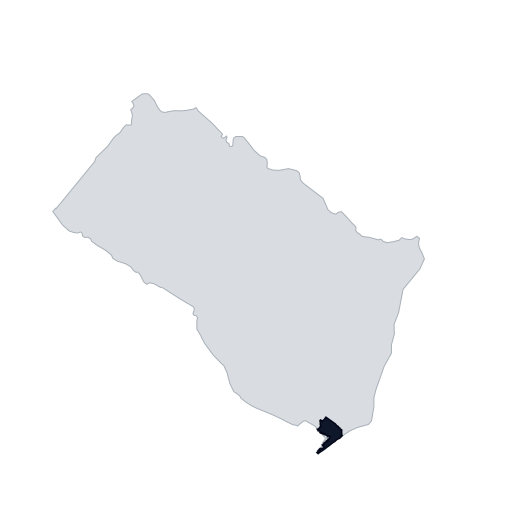 Jomoro, Western, Ghana shown in context, rotated 310°
{"feature_id": "2480657B70421803893954", "entity_name": "Jomoro", "entity_type": "district", "adm_level": 2, "iso_a3": "GHA", "parent_name": "Ghana", "parent_adm1": "Western", "projection": "robinson", "projection_center": [-2.777, 5.196], "detail": "fine", "context": "in_parent", "style": "filled", "palette": "ink", "viewbox_px": 512, "rotation_deg": 310, "n_neighbors": 0, "source": "geoboundaries", "source_scale": "gbopen_adm2", "svg_char_len": 6902}
<svg xmlns="http://www.w3.org/2000/svg" viewBox="0 0 512 512"><g transform="rotate(310 256 256)"><path d="M306.9,64.6L310.3,68.2L311.0,70.3L309.8,78.2L307.3,83.7L305.8,88.9L306.0,91.5L307.5,94.0L312.7,98.1L315.4,100.7L318.5,104.7L322.2,108.6L328.4,113.7L331.0,114.6L330.9,116.0L330.0,118.0L329.5,136.9L329.0,141.8L328.6,144.3L328.0,151.3L327.4,152.3L326.2,152.3L325.1,152.5L324.9,153.9L325.3,155.4L329.0,156.4L328.2,157.5L325.5,158.4L324.2,160.6L324.7,163.0L323.2,164.9L323.6,166.3L324.6,167.2L326.2,166.9L330.6,163.6L332.4,163.2L334.7,163.9L338.8,168.9L339.0,171.3L337.3,179.7L335.7,186.1L335.4,194.7L337.2,199.5L336.9,202.1L335.0,204.4L330.7,207.7L331.1,210.0L333.0,214.2L336.7,218.9L343.8,224.7L347.5,232.3L347.6,235.4L345.5,238.5L342.9,241.1L342.1,245.0L343.3,270.4L337.7,281.4L337.6,284.5L338.2,288.2L339.7,290.4L342.6,291.0L344.9,293.1L344.1,300.8L342.9,308.7L342.7,312.5L342.0,314.4L339.8,315.8L339.0,318.3L339.5,321.4L339.1,323.7L340.3,326.6L342.9,330.3L347.0,339.4L348.6,340.1L349.3,342.0L348.9,343.8L350.5,347.9L355.1,351.9L359.9,355.4L363.8,355.9L364.7,359.0L367.3,363.0L369.1,364.8L372.1,365.9L374.5,366.5L374.6,369.9L370.3,372.2L367.3,375.7L365.1,381.0L362.0,386.9L351.2,389.9L347.1,389.9L325.0,390.1L304.3,401.6L292.4,405.7L285.1,412.2L275.3,416.7L268.4,422.3L254.1,425.0L230.7,433.8L223.4,437.3L216.0,443.4L203.9,450.5L199.2,450.4L189.7,443.8L182.6,440.4L165.2,435.3L152.3,433.3L146.0,431.1L144.3,430.7L145.8,428.3L149.4,428.2L153.2,428.9L156.0,427.0L160.3,426.8L161.4,424.9L161.7,420.1L161.7,416.2L163.2,414.4L163.5,409.8L161.5,399.6L160.0,398.5L152.4,397.0L151.9,395.0L150.5,392.9L149.1,387.6L147.4,379.8L144.8,370.1L139.7,354.2L138.4,348.6L137.6,342.8L137.4,335.9L138.4,333.4L138.3,329.8L137.8,326.3L141.4,318.2L148.4,308.2L149.9,304.7L151.2,302.2L151.4,298.6L152.6,287.0L156.0,273.0L158.1,267.7L159.5,264.8L161.2,260.2L161.7,258.0L168.1,252.5L171.1,251.0L171.8,248.9L170.8,246.5L171.2,244.9L172.7,244.1L175.1,243.4L176.9,241.2L174.1,223.9L171.9,206.7L171.8,205.2L170.5,202.8L169.2,195.7L167.0,191.6L164.0,190.4L164.0,186.4L167.0,179.8L167.8,175.9L166.4,174.8L166.2,171.8L167.2,166.9L166.7,163.9L166.1,160.7L162.9,153.1L162.2,147.8L163.8,144.7L163.8,137.8L162.0,127.3L161.7,120.7L162.9,117.9L162.3,115.2L160.0,112.7L159.9,110.3L161.8,107.9L161.6,106.1L159.1,104.7L156.9,101.5L155.0,96.4L155.4,88.1L159.1,73.0L159.5,71.7L163.7,71.8L163.7,72.4L176.6,72.3L191.4,72.1L209.1,71.9L225.2,71.7L225.9,71.1L228.5,70.2L244.8,71.8L254.9,71.0L259.2,71.5L262.4,72.5L269.4,71.9L273.1,72.3L275.9,76.1L277.1,76.0L278.6,74.4L281.4,72.6L284.3,71.1L286.3,68.2L287.6,65.9L289.4,66.4L292.1,66.3L293.8,64.4L294.5,61.5L306.9,64.6Z" fill="#d9dde1" stroke="#a8b0b8" stroke-width="1"/><path d="M165.5,415.0L165.1,415.4L164.8,415.3L164.6,415.2L164.4,415.0L164.2,415.1L163.8,415.1L163.5,415.2L163.4,415.2L163.2,414.8L163.2,414.7L162.8,414.4L162.8,414.5L162.7,414.7L162.4,415.0L162.4,415.3L162.6,415.6L162.7,415.8L162.6,415.7L162.3,416.0L162.6,416.1L162.7,416.5L162.9,416.8L162.9,417.1L162.8,417.4L162.9,417.6L162.8,417.9L162.8,418.0L162.6,418.3L162.2,418.2L162.0,418.3L161.9,418.8L162.0,418.8L162.0,419.0L162.2,419.3L162.5,419.5L162.6,419.8L162.8,419.8L162.7,419.9L162.2,419.9L162.2,420.0L162.3,420.1L162.5,420.0L162.6,420.4L162.8,420.4L163.0,420.3L163.1,420.6L163.3,420.5L163.6,420.7L163.6,421.0L163.5,420.9L163.3,420.9L163.2,420.9L163.5,421.2L163.5,421.4L163.3,421.4L163.3,421.2L163.1,421.2L163.0,421.7L163.0,421.8L163.3,421.8L163.5,421.9L163.4,422.1L163.2,422.1L163.3,422.2L163.4,422.4L163.4,422.5L163.4,422.8L163.2,422.9L163.1,423.0L163.3,423.5L163.4,423.9L163.7,423.8L163.9,423.8L163.9,424.0L163.8,424.3L163.9,424.5L164.0,424.7L164.0,424.9L164.2,425.1L164.3,425.4L164.1,425.9L164.0,426.0L164.3,426.3L164.5,426.2L164.5,426.4L164.2,426.6L164.3,426.6L164.4,426.8L164.4,427.0L164.5,427.0L164.7,426.9L164.8,426.9L164.9,427.1L165.0,427.2L165.1,427.3L165.1,427.5L165.2,427.8L165.0,427.7L165.0,427.8L165.0,428.1L164.9,428.1L164.8,427.9L164.7,427.9L164.7,428.0L164.8,428.2L164.8,428.3L164.6,428.2L164.5,428.3L164.3,428.5L164.3,428.8L164.5,428.8L164.2,429.2L163.9,429.0L163.7,429.1L163.5,429.3L163.6,429.5L163.4,429.7L163.4,429.9L163.4,430.0L163.3,429.8L163.0,429.8L163.0,429.7L162.9,429.5L162.6,429.3L162.3,429.4L162.2,429.3L162.0,429.5L161.9,429.5L161.9,429.4L161.9,429.2L162.0,429.1L161.9,429.0L161.8,429.3L161.6,429.6L161.4,429.6L161.0,429.6L160.8,429.3L160.7,429.3L160.8,429.6L160.6,429.6L160.5,429.4L160.4,429.2L160.2,429.3L160.3,429.5L160.2,429.7L160.1,429.4L159.9,429.4L159.8,429.1L159.7,428.8L159.4,428.7L159.2,428.8L159.2,429.0L158.9,429.1L159.1,429.4L158.9,429.6L158.7,429.6L158.3,429.4L158.2,429.3L158.2,429.1L157.9,428.8L157.9,428.7L157.7,428.6L157.4,428.6L157.2,428.5L157.1,428.4L156.7,428.4L156.6,428.6L156.4,428.4L156.2,428.5L156.2,428.8L156.1,428.7L155.9,428.6L155.7,428.7L155.4,428.6L155.2,428.8L155.0,428.7L154.8,428.7L154.6,428.7L154.4,428.8L154.3,428.7L154.3,428.8L154.1,428.6L153.9,428.7L153.7,428.5L153.6,428.8L153.5,429.2L153.5,429.3L153.8,429.4L153.8,429.5L153.9,429.4L153.9,429.5L154.0,429.7L154.0,429.8L153.9,429.8L154.0,430.0L154.1,430.3L153.9,430.3L153.7,430.4L153.5,430.5L153.3,430.7L153.1,430.9L153.1,431.0L152.9,431.0L152.7,430.9L152.3,430.8L151.9,430.8L151.7,430.8L151.2,430.5L151.2,430.4L151.0,430.2L150.8,430.0L150.8,429.9L150.5,429.6L150.4,429.5L150.3,429.4L150.2,429.3L149.8,429.2L149.6,429.1L149.4,429.1L149.3,428.8L149.2,428.8L149.1,429.0L148.9,429.0L148.6,428.9L148.4,429.0L148.2,429.0L148.0,428.9L147.9,428.8L147.7,428.8L147.7,429.0L147.2,428.8L147.1,428.7L146.7,428.7L146.6,428.8L146.5,429.0L146.2,429.2L145.8,429.3L145.6,429.2L145.4,429.1L145.2,429.2L145.0,429.3L144.6,429.1L144.6,430.6L144.9,430.6L148.2,431.4L149.7,431.9L152.3,432.5L153.6,432.8L155.3,433.2L157.4,433.8L162.7,434.9L164.4,435.6L166.5,435.8L168.0,436.1L168.9,436.6L170.0,437.2L171.7,437.4L173.8,437.6L173.9,437.0L174.0,436.9L173.8,436.5L174.2,436.4L174.4,436.3L174.5,436.4L176.1,434.9L176.6,434.5L177.4,433.8L177.6,433.8L177.9,433.4L177.9,433.2L177.9,432.9L177.4,432.7L177.4,432.2L178.1,430.9L177.9,430.7L177.9,430.4L177.9,430.1L177.8,429.8L177.9,429.5L178.0,429.3L178.0,429.2L178.3,428.8L178.3,428.7L178.0,428.7L178.1,428.4L178.0,428.2L177.8,427.9L177.9,427.7L178.0,427.6L177.9,427.5L177.9,427.3L177.9,427.2L178.1,426.2L178.3,425.1L178.4,424.9L178.1,421.0L177.5,413.3L177.3,413.4L177.1,413.3L177.0,413.5L176.7,413.5L176.7,413.3L176.4,413.2L176.3,413.3L176.1,413.5L175.7,413.6L175.5,413.3L175.4,413.3L174.8,413.3L173.9,413.3L172.9,413.2L172.7,413.1L172.3,413.0L172.4,412.4L172.0,411.6L172.0,411.4L171.9,410.9L171.5,411.0L171.4,410.8L171.2,410.8L171.1,411.1L170.9,411.0L170.7,411.3L170.4,411.7L170.2,411.7L169.9,412.0L169.6,412.6L169.0,413.2L168.9,413.1L168.6,413.5L168.4,413.5L168.0,413.7L168.0,414.0L167.8,414.3L167.7,414.4L167.6,414.6L167.2,414.9L166.9,414.9L166.7,415.2L166.6,415.3L166.4,415.2L166.0,415.0L165.9,415.0L165.7,414.9L165.5,415.0Z" fill="#0f172a" stroke="#020617" stroke-width="1.5"/></g></svg>